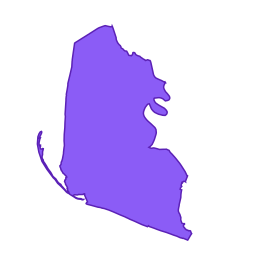 Sfantu Gheorghe, Tulcea, Romania (Equal Earth projection), rotated 103°
{"feature_id": "2599482B99417492783544", "entity_name": "Sfantu Gheorghe", "entity_type": "district", "adm_level": 2, "iso_a3": "ROU", "parent_name": "Romania", "parent_adm1": "Tulcea", "projection": "equal_earth", "projection_center": [29.46, 44.925], "detail": "fine", "context": "isolated", "style": "filled", "palette": "violet", "viewbox_px": 256, "rotation_deg": 103, "n_neighbors": 0, "source": "geoboundaries", "source_scale": "gbopen_adm2", "svg_char_len": 5784}
<svg xmlns="http://www.w3.org/2000/svg" viewBox="0 0 256 256"><g transform="rotate(103 128 128)"><path d="M74.7,102.4L75.2,102.8L74.9,103.0L74.7,104.3L74.2,106.0L73.8,108.4L73.3,110.8L72.9,112.3L72.5,112.9L72.1,113.5L71.2,114.4L70.6,114.9L69.7,115.4L60.2,119.9L59.0,120.5L57.8,121.2L57.3,121.7L57.3,122.2L57.3,122.8L57.2,123.2L57.1,123.8L57.1,124.3L57.3,124.6L58.1,125.7L58.3,126.1L58.3,126.4L57.8,126.8L57.6,127.2L57.6,127.9L57.5,128.3L57.0,129.4L56.1,131.7L55.8,132.2L55.6,132.4L55.5,132.6L55.4,134.5L55.2,135.4L55.0,136.3L54.8,136.7L54.6,137.0L53.6,137.9L53.2,138.4L53.1,138.8L53.1,139.4L53.3,140.0L53.6,140.2L54.6,140.1L55.1,140.2L56.4,140.6L56.9,141.1L56.8,141.8L57.0,143.4L56.9,143.7L56.5,144.0L55.3,144.9L53.5,146.5L53.4,146.8L53.5,147.4L53.6,148.2L53.4,148.7L53.2,149.2L52.7,150.0L52.1,150.8L51.9,151.2L51.8,152.0L51.6,152.5L51.4,152.8L50.4,153.2L50.0,153.6L49.5,154.0L48.9,155.2L48.3,156.0L47.4,157.1L46.1,158.2L45.1,158.9L44.3,159.4L43.4,159.7L42.6,159.9L42.3,160.1L34.7,164.7L32.7,166.0L32.2,166.4L32.5,166.4L33.0,166.6L33.1,166.9L33.3,167.7L33.4,170.1L33.4,171.1L33.4,173.2L33.5,173.4L33.7,173.8L34.0,174.3L34.4,175.0L36.6,178.4L37.2,179.2L38.1,180.2L41.9,183.9L54.9,196.8L56.2,198.1L57.3,199.1L69.3,198.1L73.8,197.7L74.6,197.5L75.3,197.5L81.1,196.5L90.2,196.5L98.0,196.6L99.9,196.2L101.4,196.1L104.4,195.9L106.5,195.8L109.0,195.7L110.1,195.3L111.1,195.3L113.5,195.0L115.3,194.6L128.7,192.4L130.9,191.6L137.0,190.6L141.5,189.7L148.5,188.7L154.9,187.4L157.4,186.6L159.6,186.0L161.4,185.9L164.2,185.6L166.0,185.4L167.6,185.1L173.1,184.9L175.5,185.1L176.2,185.4L178.3,185.1L178.9,185.2L180.3,185.9L181.7,185.1L181.9,184.9L182.4,184.5L183.1,184.3L184.1,183.4L184.5,183.4L184.6,183.2L185.0,182.5L186.3,181.5L186.3,181.3L186.8,180.9L187.1,180.2L187.3,179.6L188.0,178.8L188.5,177.8L189.3,176.8L189.5,176.7L189.6,177.2L190.1,177.4L190.3,177.2L190.9,177.3L191.6,177.1L191.9,177.1L192.3,177.5L193.0,177.5L193.2,177.8L193.6,177.7L194.4,177.8L195.7,176.7L196.9,176.2L198.2,174.9L198.4,174.6L200.1,173.5L200.5,173.6L200.4,173.3L201.4,173.1L202.0,172.8L203.1,172.5L202.9,172.3L203.3,171.6L203.7,171.6L204.6,170.8L204.1,173.0L200.3,178.2L199.2,179.8L198.1,180.7L197.0,183.5L195.4,185.3L193.9,186.8L192.0,190.3L190.0,192.0L188.6,193.3L186.0,196.4L185.0,197.4L183.3,198.9L181.0,201.2L179.6,202.8L178.1,203.5L176.8,204.9L174.5,205.4L173.4,205.2L170.4,205.9L168.2,205.8L167.2,205.9L167.2,206.5L167.9,206.8L167.9,207.9L168.0,208.6L167.0,209.2L165.5,209.1L164.5,209.4L165.2,210.1L164.4,210.7L162.7,211.3L160.2,211.4L158.8,211.4L157.4,211.2L157.9,212.2L156.2,211.9L152.8,211.1L151.3,211.1L150.8,211.6L151.5,212.6L153.6,213.4L156.9,213.8L164.0,212.7L171.6,209.4L179.9,204.3L186.4,197.8L193.3,189.7L194.6,187.5L197.7,184.1L199.6,180.7L202.7,175.8L204.2,173.7L204.8,172.5L205.2,170.7L205.7,169.8L207.1,165.7L208.2,162.7L208.4,160.8L208.2,158.9L208.0,157.7L208.3,156.6L208.1,155.7L207.6,155.3L207.8,156.3L207.4,157.9L207.9,160.9L207.5,163.1L206.7,165.6L206.4,166.8L206.3,166.5L205.1,165.1L204.6,162.2L203.8,161.0L203.9,160.9L203.1,157.6L202.8,156.9L202.4,156.6L202.1,156.2L201.9,155.6L202.1,155.3L203.1,155.3L203.4,155.0L209.1,150.8L210.0,151.6L211.1,151.8L211.3,151.5L211.5,150.6L211.6,146.3L211.9,139.6L211.7,136.9L211.9,135.4L211.8,133.0L212.1,130.0L212.2,128.6L213.0,123.6L214.4,116.2L215.4,110.1L215.7,109.5L215.7,108.8L216.5,105.6L217.3,100.9L219.0,92.6L219.6,87.9L219.8,86.9L218.6,86.0L219.2,85.2L219.7,80.6L220.2,77.1L220.7,72.9L221.1,67.2L221.6,63.1L222.1,59.5L222.4,56.1L223.0,53.1L223.2,52.2L223.1,51.8L223.1,51.0L223.3,50.2L223.0,49.5L223.8,44.6L221.0,43.7L219.0,43.1L217.8,42.7L216.6,42.2L216.4,42.4L215.9,42.9L214.3,43.9L214.1,44.4L214.1,44.7L214.4,45.2L214.5,45.8L214.2,46.4L214.3,46.7L214.1,47.0L214.2,47.3L214.1,47.7L214.1,48.2L213.9,48.7L213.5,49.0L213.4,49.6L213.1,50.0L212.5,50.4L212.4,50.8L212.1,51.1L211.7,51.6L211.2,51.9L210.9,52.0L210.4,52.0L209.7,51.8L209.1,51.3L208.5,51.5L208.6,51.8L208.7,52.5L208.8,53.3L208.7,53.8L208.4,54.2L207.0,55.1L205.8,55.9L203.2,56.4L202.0,57.2L200.4,58.1L199.5,59.0L197.8,60.2L196.2,60.6L195.6,60.6L194.3,60.7L193.1,60.7L192.3,60.7L191.2,60.9L190.9,60.9L188.4,60.9L184.1,60.9L182.9,61.1L181.4,61.4L179.0,61.7L176.4,61.8L176.2,61.8L176.2,62.4L176.1,62.8L176.1,63.1L176.0,63.4L174.6,63.4L172.7,62.5L172.3,63.2L172.0,63.2L171.7,63.3L169.2,63.3L168.9,63.2L169.0,63.1L169.1,62.8L169.2,62.6L168.0,62.3L167.5,61.8L167.3,61.4L167.3,60.6L167.4,60.3L167.4,60.2L167.5,59.9L167.3,60.0L167.1,60.0L163.2,59.5L162.9,59.4L161.2,59.2L161.1,59.4L161.1,59.6L161.2,59.8L160.8,60.1L159.7,60.9L157.6,62.6L153.0,67.3L151.5,68.9L150.8,69.7L147.2,74.2L146.0,75.8L143.1,79.9L142.9,80.4L141.6,82.1L140.8,82.7L140.6,82.9L140.2,84.9L140.0,85.9L140.1,86.2L140.3,86.8L140.9,89.2L141.8,92.5L141.6,95.9L141.6,98.2L141.7,98.5L141.8,99.2L142.4,100.2L142.5,101.2L142.3,102.5L142.1,103.3L140.8,102.1L138.6,100.8L138.1,100.7L135.5,100.1L133.2,99.7L129.3,99.4L127.4,99.3L126.1,99.4L123.2,100.4L121.6,101.8L118.9,106.3L117.0,109.8L116.0,111.4L115.4,112.2L114.6,113.2L113.9,114.0L113.3,114.6L112.5,115.2L111.9,115.6L111.0,116.0L110.3,116.3L108.6,116.5L107.6,116.4L106.4,116.3L105.4,116.1L104.7,116.0L103.7,115.7L103.2,115.5L102.6,115.2L101.0,114.5L100.1,113.8L99.6,112.7L100.6,112.0L102.0,111.0L102.4,110.7L103.4,110.0L104.1,109.5L104.9,108.5L106.0,107.0L106.8,105.4L107.4,102.8L107.7,101.2L107.7,98.9L107.8,97.3L107.6,95.8L107.4,94.7L106.5,93.9L105.6,93.4L104.9,93.3L103.6,93.4L102.2,94.5L100.6,96.9L99.2,101.7L98.7,103.4L97.4,106.6L96.3,107.9L95.0,108.9L93.7,109.3L93.0,109.1L91.6,105.2L91.3,103.6L91.4,102.0L91.7,100.6L93.2,97.7L92.7,96.6L92.2,95.5L91.3,94.4L90.5,94.1L89.4,94.0L88.5,94.4L87.8,94.8L85.9,97.1L84.1,99.7L81.9,101.6L80.9,102.2L80.0,102.5L78.6,102.6L77.2,102.3L76.3,102.2L75.8,101.9L75.6,101.5L74.7,102.4Z" fill="#8b5cf6" stroke="#5b21b6" stroke-width="1.5"/></g></svg>